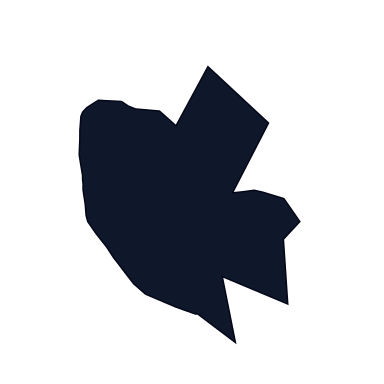 Mederdra, Trarza, Mauritania, rotated 113°
{"feature_id": "47542326B59245352565920", "entity_name": "Mederdra", "entity_type": "district", "adm_level": 2, "iso_a3": "MRT", "parent_name": "Mauritania", "parent_adm1": "Trarza", "projection": "natural_earth1", "projection_center": [-15.699, 17.141], "detail": "fine", "context": "isolated", "style": "filled", "palette": "ink", "viewbox_px": 384, "rotation_deg": 113, "n_neighbors": 0, "source": "geoboundaries", "source_scale": "gbopen_adm2", "svg_char_len": 728}
<svg xmlns="http://www.w3.org/2000/svg" viewBox="0 0 384 384"><g transform="rotate(113 192 192)"><path d="M313.6,93.2L258.0,131.1L257.7,60.1L199.8,89.4L177.1,81.2L162.2,104.8L164.5,126.7L166.1,135.5L171.4,144.4L177.0,154.4L98.6,148.5L70.4,226.3L137.3,232.6L130.2,253.6L137.6,276.4L137.8,284.3L136.2,292.1L138.7,299.1L141.2,305.8L144.1,314.0L148.9,317.4L155.4,321.8L161.2,323.9L165.8,323.8L178.8,319.4L186.7,316.1L201.8,310.4L209.5,305.6L219.4,299.3L223.3,297.6L227.2,295.4L232.5,293.2L245.2,285.4L255.0,280.3L260.0,276.4L267.7,264.2L276.0,249.1L283.3,238.2L286.7,232.0L292.3,222.3L299.3,209.8L304.2,194.9L304.2,162.0L303.6,151.1L302.9,140.7L302.0,139.4L313.6,93.2Z" fill="#0f172a" stroke="#020617" stroke-width="1.5"/></g></svg>